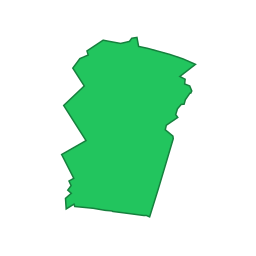 Merrimack, New Hampshire, United States of America (Equal Earth projection), rotated 72°
{"feature_id": "52423323B36577314859832", "entity_name": "Merrimack", "entity_type": "district", "adm_level": 2, "iso_a3": "USA", "parent_name": "United States of America", "parent_adm1": "New Hampshire", "projection": "equal_earth", "projection_center": [-71.683, 43.31], "detail": "fine", "context": "isolated", "style": "filled", "palette": "green", "viewbox_px": 256, "rotation_deg": 72, "n_neighbors": 0, "source": "geoboundaries", "source_scale": "gbopen_adm2", "svg_char_len": 829}
<svg xmlns="http://www.w3.org/2000/svg" viewBox="0 0 256 256"><g transform="rotate(72 128 128)"><path d="M69.9,67.1L58.2,84.9L53.7,92.7L44.6,91.5L43.8,96.7L46.1,99.9L45.3,108.9L39.3,120.0L36.8,124.5L42.0,143.2L46.3,143.3L47.1,152.3L54.0,162.0L74.5,156.6L86.7,182.2L113.1,175.4L127.0,171.8L132.7,199.3L159.1,195.1L160.2,200.5L165.2,199.9L168.5,204.5L172.6,202.1L175.6,209.2L185.9,211.8L183.7,202.9L186.2,202.9L193.6,185.9L199.3,175.1L201.8,169.1L202.6,168.4L209.7,153.4L216.2,139.8L216.8,137.6L219.2,134.9L195.0,117.8L172.4,102.2L168.9,99.8L152.2,88.3L149.6,87.8L141.2,93.1L137.2,90.7L133.3,77.4L130.0,78.5L125.0,75.0L122.0,70.1L122.7,67.3L118.8,64.7L114.0,58.4L114.2,57.5L112.5,55.9L107.1,56.3L103.6,60.5L99.3,58.6L95.0,62.8L88.3,44.2L79.2,54.4L70.8,65.7L69.9,67.1Z" fill="#22c55e" stroke="#15803d" stroke-width="1.5"/></g></svg>